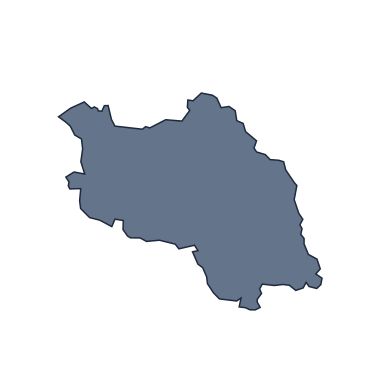 the district of Gallyaaral, Jizzakh, Uzbekistan, rotated 15°
{"feature_id": "79887680B5401835148625", "entity_name": "Gallyaaral", "entity_type": "district", "adm_level": 2, "iso_a3": "UZB", "parent_name": "Uzbekistan", "parent_adm1": "Jizzakh", "projection": "robinson", "projection_center": [67.391, 39.992], "detail": "fine", "context": "isolated", "style": "filled", "palette": "slate", "viewbox_px": 384, "rotation_deg": 15, "n_neighbors": 0, "source": "geoboundaries", "source_scale": "gbopen_adm2", "svg_char_len": 1494}
<svg xmlns="http://www.w3.org/2000/svg" viewBox="0 0 384 384"><g transform="rotate(15 192 192)"><path d="M141.3,251.3L144.5,252.2L153.7,249.8L160.9,251.5L173.0,247.0L189.3,246.7L194.0,250.3L208.2,242.8L212.9,247.1L208.0,249.6L216.4,260.2L221.9,262.3L228.1,270.1L230.7,276.6L238.8,283.8L246.2,288.2L263.4,285.7L266.8,281.7L267.3,290.8L273.7,289.9L278.4,290.8L283.6,289.5L287.7,285.8L283.5,281.5L282.8,278.8L285.4,272.0L282.4,268.1L283.7,262.8L295.7,261.0L303.8,257.8L310.2,256.9L317.7,260.2L324.2,255.9L325.6,249.8L329.5,253.0L337.5,252.9L340.4,248.1L339.9,241.6L332.8,239.1L335.8,233.1L330.1,224.5L320.6,222.2L313.7,213.2L312.3,207.9L308.0,204.7L307.8,198.9L304.7,195.8L306.1,189.7L300.7,185.0L292.7,173.0L291.6,158.6L288.5,156.6L276.8,146.4L272.7,139.1L267.5,138.9L259.0,140.5L253.2,136.9L244.0,136.6L240.5,133.5L241.1,125.9L228.1,119.8L223.6,112.5L216.8,111.5L212.7,102.3L205.6,99.8L198.3,103.0L191.7,94.9L186.6,93.2L175.4,94.0L169.4,103.6L164.2,104.2L165.6,111.4L168.7,113.8L163.9,126.1L147.9,129.0L134.7,141.0L130.3,140.9L127.8,144.2L100.5,148.3L95.5,142.9L88.6,130.2L85.0,131.3L84.0,137.3L80.4,137.9L79.3,136.0L75.7,135.1L73.2,137.3L64.6,132.9L53.1,142.4L43.6,153.9L51.9,157.1L57.4,159.9L64.0,167.3L71.5,169.4L75.2,178.6L76.8,191.5L83.7,202.4L72.9,203.2L66.3,210.2L70.6,214.2L70.9,218.0L73.2,220.7L80.0,218.6L83.7,217.6L85.7,229.5L88.7,236.8L99.7,243.2L110.1,243.1L123.5,246.2L124.6,238.2L133.0,237.3L135.1,246.2L141.3,251.3Z" fill="#64748b" stroke="#1e293b" stroke-width="1.5"/></g></svg>